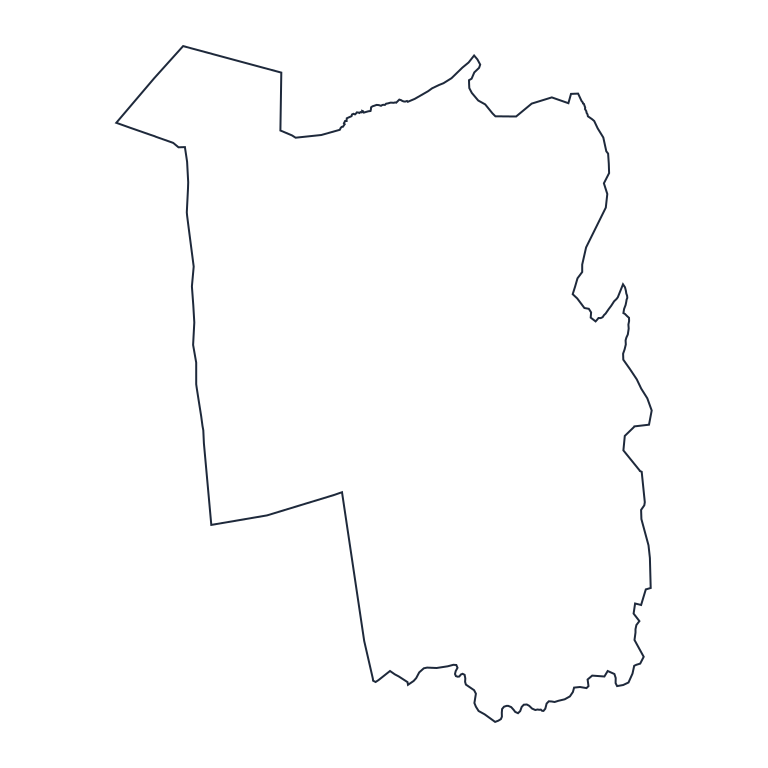 Safana, Katsina, Nigeria
{"feature_id": "59680162B21692666530817", "entity_name": "Safana", "entity_type": "district", "adm_level": 2, "iso_a3": "NGA", "parent_name": "Nigeria", "parent_adm1": "Katsina", "projection": "equal_earth", "projection_center": [7.279, 12.516], "detail": "fine", "context": "isolated", "style": "outline", "palette": "slate", "viewbox_px": 768, "rotation_deg": 0, "n_neighbors": 0, "source": "geoboundaries", "source_scale": "gbopen_adm2", "svg_char_len": 3941}
<svg xmlns="http://www.w3.org/2000/svg" viewBox="0 0 768 768"><path d="M543.5,710.9L545.3,708.7L546.0,706.0L546.6,703.6L548.8,701.3L551.8,701.5L554.6,702.0L558.4,700.8L564.7,699.3L569.9,696.4L572.9,692.0L574.1,687.6L580.0,687.0L586.5,688.1L588.5,686.1L587.6,679.5L592.2,675.6L604.4,676.5L607.7,671.0L614.4,674.0L615.7,678.0L615.6,683.1L617.1,686.1L623.2,685.0L628.5,682.5L632.5,673.6L634.2,665.8L636.3,664.8L640.2,663.6L643.7,656.8L634.5,640.0L635.5,632.5L635.5,629.2L636.4,625.0L639.4,621.1L633.6,613.6L635.1,603.5L641.1,605.0L645.8,589.4L650.7,588.0L649.9,558.0L648.5,545.3L641.4,519.1L641.1,509.9L644.3,505.3L644.8,502.2L641.7,471.8L639.9,471.0L639.9,470.8L623.4,450.4L624.8,435.9L634.0,427.0L634.3,426.4L649.0,424.7L651.7,410.5L647.3,398.3L641.2,388.6L636.8,379.4L629.8,368.9L623.3,359.7L623.1,353.7L624.6,349.4L625.8,344.5L625.6,340.3L626.4,337.5L627.8,334.5L628.7,328.6L628.4,324.6L629.1,321.0L629.0,317.8L627.1,316.1L624.9,313.9L623.4,313.1L624.1,308.9L625.6,305.0L626.3,301.6L626.6,299.6L627.3,297.9L627.1,295.7L626.3,293.5L625.9,290.8L625.0,287.3L623.0,284.3L617.8,297.3L617.2,298.1L616.5,299.0L614.1,301.3L611.2,305.8L608.7,309.1L605.6,313.6L604.0,315.1L602.6,317.2L600.7,318.1L598.5,318.0L597.2,319.6L595.6,321.4L590.7,317.6L591.1,312.4L588.8,308.8L584.4,308.0L577.2,298.4L572.7,294.2L575.1,286.6L577.5,278.3L582.2,272.0L582.2,264.6L586.1,247.4L605.8,207.6L607.3,194.0L603.9,183.3L609.1,173.1L608.8,163.8L608.1,153.6L606.3,151.3L603.3,137.5L597.7,128.4L594.2,121.0L592.1,119.2L587.9,116.3L587.5,114.3L586.6,112.9L586.3,111.2L585.0,109.0L585.2,107.6L584.6,106.0L583.9,103.9L583.0,103.5L582.8,102.5L581.5,100.9L578.1,93.6L571.0,93.9L568.4,103.2L551.8,97.4L531.7,103.6L516.1,116.5L495.4,116.3L492.5,113.4L485.2,104.4L478.2,100.5L471.8,92.9L469.3,88.1L469.1,84.1L469.0,80.2L471.6,78.7L474.3,72.4L479.1,67.8L480.2,64.6L477.4,59.4L474.1,55.5L468.6,62.5L462.4,67.6L451.5,78.2L443.5,83.2L439.0,85.0L432.1,88.3L428.1,91.2L414.7,98.9L407.8,101.8L407.0,101.0L405.5,101.5L404.0,101.5L402.4,101.0L401.2,100.2L400.2,99.9L399.3,99.6L398.4,100.5L397.1,101.8L396.2,102.7L395.2,102.4L393.8,102.8L392.0,102.7L390.3,102.7L387.9,103.4L386.1,103.7L384.9,104.9L383.5,104.8L383.4,104.8L382.3,105.0L381.0,105.8L378.8,105.1L376.6,104.9L374.4,105.7L372.5,106.3L371.1,107.3L370.9,109.5L370.5,111.0L368.3,111.3L365.8,112.0L363.9,112.6L363.0,111.2L362.2,110.9L362.3,112.2L361.4,112.4L360.4,112.1L359.4,113.0L358.2,112.5L356.8,112.4L356.1,113.4L355.0,114.4L353.5,113.8L352.0,114.5L351.5,116.2L350.8,116.5L348.5,117.5L346.8,118.3L346.6,119.9L346.6,121.0L345.1,121.0L344.5,122.2L343.9,123.3L344.7,124.2L343.7,125.6L343.0,126.7L341.7,126.9L340.7,127.9L339.8,129.8L321.3,135.0L295.6,137.7L292.0,135.4L280.4,130.5L281.3,72.6L183.1,46.1L154.3,78.1L116.3,122.8L130.3,127.8L150.4,134.8L154.9,136.3L155.0,136.4L155.2,136.5L155.4,136.6L173.2,142.9L178.5,147.3L184.9,147.1L186.3,156.4L187.1,161.8L188.2,182.3L188.0,188.4L186.8,212.4L187.1,215.6L188.5,226.6L193.7,266.6L191.9,286.4L193.3,305.4L194.3,322.5L193.1,344.9L196.2,362.6L196.2,384.2L196.7,387.8L198.6,400.0L201.2,416.3L202.5,426.0L203.3,430.3L203.9,443.3L211.3,524.9L267.0,515.4L334.6,494.8L342.0,492.2L364.2,641.0L372.8,678.4L373.1,680.7L375.6,682.0L378.5,680.1L390.0,671.0L394.9,674.4L398.7,676.4L407.5,682.1L408.0,684.8L413.6,681.0L416.2,678.1L419.2,672.4L423.8,668.3L427.1,667.6L436.6,668.0L447.7,666.3L453.4,664.8L456.3,665.0L457.5,667.8L455.7,671.1L455.0,674.0L455.9,676.1L457.7,676.7L459.3,676.5L460.9,674.5L462.6,673.8L464.6,674.8L465.3,678.4L465.1,681.9L465.9,684.6L474.1,690.2L475.9,693.7L474.4,703.0L475.9,706.7L478.6,711.0L484.6,714.3L490.7,718.7L495.1,721.9L498.3,720.7L500.9,719.1L501.9,716.7L501.8,712.7L502.1,709.0L504.0,706.7L506.5,705.9L508.3,705.9L511.2,707.1L513.7,709.9L515.2,711.9L518.0,713.2L520.2,711.1L521.7,706.9L523.8,704.7L526.8,704.5L529.2,705.8L532.1,708.6L535.3,710.0L537.6,709.5L539.2,709.8L540.8,709.6L542.1,710.8L543.5,710.9Z" fill="none" stroke="#1e293b" stroke-width="2"/></svg>